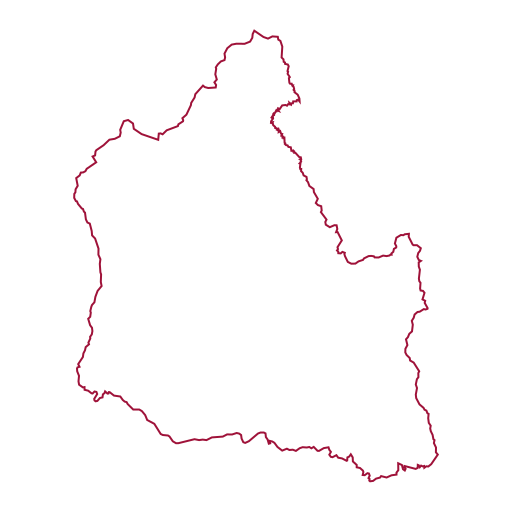 outline of La Unión, Antioquia, Colombia
{"feature_id": "7082276B25571506538926", "entity_name": "La Unión", "entity_type": "district", "adm_level": 2, "iso_a3": "COL", "parent_name": "Colombia", "parent_adm1": "Antioquia", "projection": "orthographic", "projection_center": [-75.352, 5.952], "detail": "fine", "context": "isolated", "style": "outline", "palette": "rose", "viewbox_px": 512, "rotation_deg": 0, "n_neighbors": 0, "source": "geoboundaries", "source_scale": "gbopen_adm2", "svg_char_len": 5994}
<svg xmlns="http://www.w3.org/2000/svg" viewBox="0 0 512 512"><path d="M431.2,464.2L437.8,454.6L435.9,452.3L436.0,447.5L433.9,443.1L434.5,440.1L433.4,439.2L432.6,434.9L430.8,431.2L430.2,428.5L430.7,425.7L428.8,422.9L428.2,418.2L428.6,413.9L427.4,413.2L426.4,410.6L424.5,409.7L423.6,407.9L419.5,404.4L416.2,398.1L415.8,394.6L417.0,388.0L415.8,384.5L416.9,379.2L418.4,377.2L418.3,373.1L419.2,371.3L413.7,362.6L410.1,360.5L409.7,358.0L406.6,355.0L405.3,352.4L405.4,348.8L407.4,345.1L406.0,339.3L407.9,337.2L409.3,333.8L412.0,331.4L412.8,324.7L411.8,320.8L413.7,317.8L414.6,314.5L417.5,312.0L419.7,311.7L423.8,309.1L425.6,309.5L427.5,308.8L427.6,308.1L424.7,302.9L425.2,300.8L422.5,299.4L424.5,292.8L423.0,290.9L420.6,290.5L420.1,288.6L420.5,282.8L419.3,281.2L418.9,278.6L419.9,269.7L418.8,266.6L418.7,262.4L420.9,260.9L418.8,260.0L417.3,256.8L418.2,253.1L420.0,250.8L420.8,248.2L417.0,245.2L413.5,245.2L412.6,244.5L408.7,236.8L408.9,233.8L404.7,234.3L403.4,235.2L400.9,235.0L396.4,237.7L394.9,243.5L396.3,246.2L396.2,247.5L393.9,248.9L393.3,251.8L391.5,253.4L391.6,254.7L390.5,254.6L389.5,255.5L386.6,256.1L383.1,255.6L378.6,257.5L374.6,257.4L373.9,256.3L371.2,255.9L368.6,256.1L364.0,258.4L363.0,259.9L358.5,261.4L355.4,263.6L351.3,263.7L347.8,261.9L345.0,256.2L344.4,254.1L344.8,252.8L342.4,251.9L340.7,253.4L338.3,253.2L338.2,251.5L337.0,250.5L338.0,249.1L337.5,247.2L341.8,240.4L337.6,232.1L336.1,232.2L337.3,229.0L336.6,225.3L334.4,225.2L329.8,227.2L325.8,224.7L325.3,222.0L326.5,219.6L320.9,212.1L321.7,210.5L321.2,206.2L317.9,205.1L315.8,203.0L317.8,198.8L313.9,192.1L313.6,189.0L309.4,186.0L308.0,182.1L306.4,180.2L306.9,179.2L306.5,176.9L303.6,175.4L302.7,172.7L301.1,171.2L301.2,169.0L300.3,169.1L299.9,167.6L300.4,163.7L299.6,163.4L301.1,161.7L300.7,161.1L301.1,159.9L300.1,159.3L301.1,158.8L300.8,157.3L299.3,157.1L295.3,152.7L294.2,152.8L294.1,151.4L293.2,151.5L293.1,150.5L291.4,150.8L290.8,147.3L288.4,146.9L287.6,145.4L286.0,145.1L284.9,144.0L285.3,143.3L284.6,142.7L284.4,137.8L283.5,138.1L283.4,137.2L282.5,137.5L282.4,135.9L281.4,135.7L282.2,134.0L281.0,133.6L280.2,131.1L278.7,132.0L278.8,130.8L277.9,130.3L278.9,130.1L278.4,128.7L277.2,129.4L276.6,128.2L275.2,128.0L275.1,126.8L273.2,125.2L272.8,123.2L271.9,124.1L272.7,122.3L271.0,122.7L271.1,121.3L273.1,118.5L273.0,117.7L272.1,118.1L271.5,117.6L272.9,115.5L273.8,115.2L273.2,114.1L273.8,113.3L274.5,113.7L276.3,110.3L276.9,111.1L277.4,110.5L278.7,111.0L277.8,109.6L278.1,108.3L279.7,109.1L282.2,105.4L285.6,105.0L287.0,105.7L288.2,104.1L289.7,104.4L289.4,102.8L291.0,104.2L291.0,103.4L292.9,103.3L293.2,101.4L296.6,101.4L296.8,100.1L298.1,99.6L299.6,101.5L299.4,98.5L297.7,94.7L294.5,92.2L294.7,91.1L293.6,89.9L294.2,89.1L293.6,86.8L292.8,86.2L293.1,85.3L292.2,85.3L291.7,83.7L290.2,83.8L289.4,82.8L288.9,78.1L289.8,77.1L287.6,73.8L288.1,71.7L287.5,71.1L288.7,66.2L287.8,64.5L285.1,63.9L285.0,62.5L283.7,61.8L283.5,59.4L281.6,57.5L282.3,46.6L280.4,40.9L278.3,39.6L277.8,36.8L272.4,36.4L268.0,38.6L263.5,37.0L254.3,30.7L252.7,34.0L252.3,37.8L250.1,41.6L244.6,43.8L236.5,43.7L231.7,44.6L227.3,48.2L224.5,53.6L225.1,57.4L224.5,60.1L220.9,61.4L217.8,64.4L215.8,67.4L216.2,68.8L215.3,74.3L216.8,79.5L214.4,82.3L216.1,85.0L215.7,87.5L208.2,88.0L204.8,87.1L203.0,85.6L195.3,94.2L194.6,97.5L191.2,102.9L190.9,105.2L186.4,114.7L182.4,118.2L183.2,120.2L183.0,121.3L178.4,124.3L177.9,126.1L166.7,130.3L162.6,134.3L160.6,133.4L158.8,133.6L158.2,139.8L141.6,134.1L133.8,128.8L133.0,123.5L128.1,120.0L123.8,121.2L120.2,129.8L120.7,132.6L119.8,136.3L114.8,138.8L109.4,139.7L103.6,145.2L96.3,150.2L95.5,151.5L95.1,155.4L92.6,156.5L96.2,162.3L86.7,168.8L85.4,171.2L83.2,172.4L80.8,172.6L79.7,175.4L76.2,178.1L77.7,185.8L75.6,189.3L75.4,192.3L74.3,193.9L74.2,197.9L75.9,201.1L77.0,201.4L78.0,203.9L81.8,208.5L83.0,209.0L83.9,211.6L85.0,212.6L85.9,219.4L87.4,222.5L89.8,223.6L91.7,231.0L92.1,235.4L95.1,238.5L98.5,248.6L98.4,254.7L100.4,259.2L99.8,263.9L100.4,272.3L101.1,274.4L100.8,282.0L101.6,286.0L97.6,290.9L95.4,296.8L94.4,302.3L92.0,305.0L91.3,306.8L90.3,311.1L90.8,312.6L90.2,316.8L88.2,318.8L90.1,325.2L92.0,327.8L92.4,331.1L91.8,334.4L90.1,336.8L90.3,338.5L88.4,342.6L89.0,344.3L85.7,347.1L85.0,350.3L83.4,353.4L82.9,357.0L78.2,364.1L79.5,366.8L77.5,367.4L77.0,368.5L77.2,371.3L79.0,375.8L78.5,381.4L79.1,384.7L82.9,387.4L84.5,387.1L84.6,389.8L88.2,390.7L91.5,393.3L92.6,393.5L94.5,391.5L96.4,391.9L97.2,394.0L94.2,398.9L94.5,400.4L95.6,401.3L97.4,400.9L99.9,398.0L102.5,397.4L102.9,394.4L104.5,393.1L105.1,391.4L107.5,393.6L108.4,393.5L108.8,392.1L109.6,392.1L114.0,395.6L120.3,396.5L122.8,400.0L124.7,401.6L126.6,402.1L127.7,404.1L133.2,409.5L139.2,409.5L141.9,411.1L145.2,415.1L147.2,420.0L154.3,423.8L160.7,434.0L162.8,435.0L168.0,435.5L169.5,436.5L172.8,441.3L176.0,443.2L178.3,443.2L194.5,439.2L199.1,440.1L202.7,439.6L206.5,440.1L211.9,437.4L222.8,436.6L227.1,434.4L232.0,434.5L236.7,433.0L239.2,433.6L241.1,435.0L241.6,438.6L243.3,442.2L245.2,442.9L248.9,441.2L258.0,433.5L260.6,432.5L263.8,432.5L265.5,433.4L265.9,437.1L267.6,439.5L268.8,443.7L270.2,443.3L269.8,440.9L272.3,441.5L274.4,442.8L277.5,447.0L282.2,450.6L286.9,448.7L289.4,450.0L292.8,449.7L295.9,450.9L299.7,448.2L302.6,447.2L306.8,447.5L309.3,447.0L311.4,448.3L313.7,446.9L317.5,450.8L319.0,450.9L323.8,448.1L328.5,447.3L329.3,449.8L330.9,451.9L329.3,454.7L330.8,456.8L332.5,457.2L336.4,455.2L338.2,457.7L342.0,458.4L346.6,460.8L347.2,460.5L347.4,457.4L349.2,456.6L350.8,454.3L352.7,457.4L352.9,461.5L356.7,464.9L356.7,467.3L360.0,468.0L362.9,470.6L363.4,472.0L362.7,475.0L364.7,475.2L367.4,473.2L368.9,473.5L369.7,475.7L368.5,478.1L369.6,479.0L369.3,480.6L370.1,481.3L373.1,480.9L376.1,478.6L380.0,477.6L381.1,476.1L386.6,477.5L391.5,475.3L396.5,474.6L396.5,472.6L398.3,470.2L398.2,463.3L401.9,465.0L403.0,469.2L404.8,470.5L405.6,468.8L404.4,467.2L404.5,466.0L415.7,468.9L417.7,467.9L417.8,464.9L418.8,465.3L419.8,467.2L421.1,465.6L422.7,466.4L424.1,466.0L424.3,467.8L426.3,466.3L428.3,466.5L431.2,464.2Z" fill="none" stroke="#9f1239" stroke-width="2"/></svg>